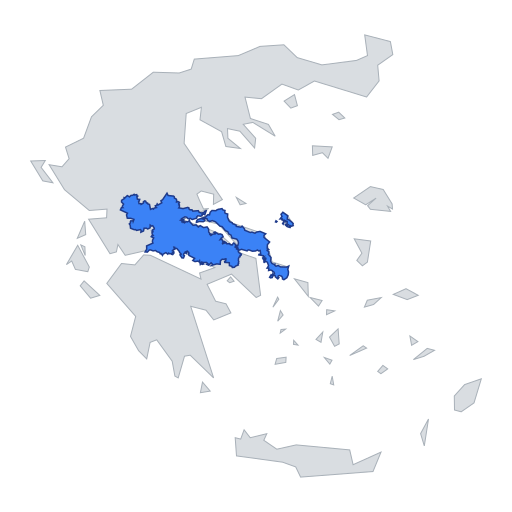 Stereas Elladas, Stereá Elláda, Greece (highlighted)
{"feature_id": "26713481B15414951167649", "entity_name": "Stereas Elladas", "entity_type": "district", "adm_level": 2, "iso_a3": "GRC", "parent_name": "Greece", "parent_adm1": "Stereá Elláda", "projection": "natural_earth1", "projection_center": [23.323, 38.611], "detail": "fine", "context": "in_parent", "style": "filled", "palette": "blue", "viewbox_px": 512, "rotation_deg": 0, "n_neighbors": 0, "source": "geoboundaries", "source_scale": "gbopen_adm2", "svg_char_len": 9775}
<svg xmlns="http://www.w3.org/2000/svg" viewBox="0 0 512 512"><path d="M364.7,34.9L390.4,41.6L392.8,54.6L377.7,65.2L379.1,80.9L366.6,97.0L314.4,81.0L298.3,90.0L281.9,84.1L261.5,98.7L245.0,97.1L250.4,118.5L268.4,124.4L275.2,136.2L252.8,122.4L243.2,124.3L255.7,138.3L254.6,148.0L239.9,131.2L227.5,128.6L227.9,138.3L240.4,148.5L225.9,146.5L221.6,131.7L200.0,119.8L201.4,107.3L186.2,113.5L184.1,143.4L222.4,199.6L213.4,204.4L213.7,194.2L201.2,191.0L196.9,194.1L199.3,199.9L203.5,209.0L208.8,208.5L182.7,219.7L218.5,233.1L241.1,253.3L255.9,258.4L260.6,295.3L256.2,297.5L231.5,274.1L207.1,284.3L215.6,301.2L226.0,303.8L230.9,312.9L213.7,319.9L206.0,310.2L190.7,306.3L213.6,377.9L190.2,355.2L184.5,356.2L178.2,377.9L174.9,376.1L172.2,361.2L156.7,339.8L150.1,342.4L146.7,358.9L138.6,350.7L130.5,336.4L135.7,316.4L106.8,283.4L121.5,263.5L134.9,264.9L143.7,254.9L150.4,255.3L201.0,279.1L199.6,273.0L214.8,267.6L175.0,247.7L169.6,253.0L151.1,249.4L125.2,255.3L117.9,244.5L116.4,251.9L110.0,253.7L88.6,219.2L106.6,217.8L107.0,209.1L89.3,210.5L64.5,189.7L49.1,164.7L62.0,166.8L69.1,158.7L65.5,147.1L83.6,138.2L91.5,116.8L103.3,105.3L99.9,90.5L131.6,89.2L153.3,72.2L179.2,73.0L191.2,69.1L194.3,59.1L238.3,55.6L260.0,46.4L283.9,44.8L297.2,57.6L321.9,64.9L356.6,60.4L367.5,55.6L364.7,34.9ZM250.2,437.7L266.8,433.7L263.8,440.3L276.8,449.2L296.2,444.9L349.7,449.9L353.1,464.7L381.0,452.1L373.0,471.5L300.6,477.1L295.7,466.9L282.7,462.2L236.5,455.9L235.2,437.7L240.7,439.1L244.1,429.8L250.2,437.7ZM218.8,209.0L232.7,223.2L264.2,234.0L272.1,261.9L287.2,266.7L288.0,275.0L276.5,275.1L259.7,250.8L239.3,247.4L218.4,224.0L198.5,219.5L218.8,209.0ZM383.2,189.5L392.1,203.9L392.5,209.0L387.5,206.1L390.6,211.4L370.4,209.3L367.6,205.7L376.1,198.1L365.7,204.8L353.7,198.0L370.4,186.6L383.2,189.5ZM461.2,411.8L454.5,410.0L454.3,396.0L464.6,384.6L481.3,378.8L474.0,402.9L461.2,411.8ZM367.4,262.1L362.4,265.8L356.8,260.4L361.9,253.2L354.2,238.8L370.7,241.0L367.4,262.1ZM77.7,245.3L89.3,267.0L87.8,271.7L75.4,269.4L71.7,261.0L66.4,264.6L77.7,245.3ZM52.9,182.8L42.8,180.9L30.7,161.0L45.3,160.5L41.1,167.4L52.9,182.8ZM332.2,146.9L328.0,158.3L322.4,152.7L312.7,155.4L312.4,145.8L332.2,146.9ZM406.0,288.7L418.2,295.3L407.2,299.6L393.3,294.4L406.0,288.7ZM297.4,105.7L290.8,108.1L284.1,101.1L294.5,94.6L297.4,105.7ZM84.1,280.9L99.8,295.4L90.6,298.2L80.2,285.8L84.1,280.9ZM339.2,343.9L334.6,346.3L329.5,337.1L338.1,328.9L339.2,343.9ZM307.9,282.6L308.3,296.4L294.4,278.8L307.9,282.6ZM428.5,419.0L424.3,445.9L420.6,433.6L428.5,419.0ZM85.7,234.6L77.3,238.3L84.7,221.2L85.7,234.6ZM210.2,391.1L200.4,392.7L202.5,382.1L210.2,391.1ZM413.4,359.6L427.2,348.4L434.5,350.3L424.0,356.3L413.4,359.6ZM364.4,307.1L367.3,300.2L381.2,297.6L373.6,304.5L364.4,307.1ZM322.8,332.0L321.0,342.3L316.0,339.4L322.8,332.0ZM322.1,300.5L318.5,306.1L310.1,297.5L322.1,300.5ZM292.8,223.5L285.8,224.8L282.9,212.3L287.0,214.8L292.8,223.5ZM344.8,118.0L339.0,119.7L332.5,114.4L338.7,112.2L344.8,118.0ZM286.1,357.2L285.8,362.4L275.1,364.3L276.7,358.5L286.1,357.2ZM366.6,348.1L349.7,355.5L363.2,345.8L366.6,348.1ZM278.8,299.3L272.9,307.2L277.6,297.1L278.8,299.3ZM334.7,310.9L326.5,314.7L326.7,309.7L334.7,310.9ZM387.7,368.9L380.9,373.7L377.7,371.4L382.9,365.4L387.7,368.9ZM417.9,341.6L411.6,345.3L409.9,336.0L417.9,341.6ZM283.1,315.0L277.7,321.2L280.4,310.6L283.1,315.0ZM84.9,246.8L85.2,255.5L80.8,244.9L84.9,246.8ZM332.0,360.2L329.8,364.1L324.3,357.5L332.0,360.2ZM246.0,203.5L240.1,204.8L236.3,197.4L246.0,203.5ZM234.1,281.2L229.7,282.7L227.2,280.8L230.6,276.9L234.1,281.2ZM285.6,329.1L280.2,333.1L281.0,329.5L285.6,329.1ZM332.2,376.2L333.7,384.9L330.3,383.7L332.2,376.2ZM298.0,345.1L293.5,344.4L293.7,340.3L298.0,345.1Z" fill="#d9dde1" stroke="#a8b0b8" stroke-width="1"/><path d="M121.6,200.3L121.5,202.0L123.6,204.1L122.4,206.1L122.3,207.1L122.8,207.6L121.4,207.7L120.4,209.9L127.5,213.2L126.5,214.9L127.3,218.2L130.8,218.3L134.0,219.4L133.2,221.4L133.1,220.8L130.7,220.9L130.3,222.0L130.5,222.9L129.3,223.9L130.2,225.2L130.5,228.2L134.2,229.7L135.6,229.6L136.5,230.4L140.5,229.6L141.1,230.4L140.9,232.2L143.5,231.0L144.1,228.2L146.5,228.2L147.7,229.0L150.1,227.8L150.2,225.1L151.5,226.1L152.7,225.7L154.2,228.0L154.3,228.9L152.5,229.9L152.7,230.9L152.0,231.1L152.9,231.9L152.0,232.6L152.2,234.1L153.2,235.5L151.8,235.8L151.2,236.7L153.7,237.9L152.6,240.0L152.4,241.5L152.9,243.1L146.6,245.9L146.7,249.2L145.1,251.9L147.4,252.1L149.3,250.0L150.5,249.9L153.1,250.9L155.5,250.5L157.2,251.8L159.5,252.4L160.3,253.8L161.1,253.5L162.5,255.4L163.0,254.2L165.9,252.6L167.8,254.2L168.6,253.1L169.8,253.8L171.6,253.5L171.6,254.3L172.7,254.6L173.6,253.5L173.0,252.7L173.9,252.6L173.7,251.5L172.4,250.8L173.5,249.6L174.7,249.4L173.9,247.2L174.7,247.3L174.8,248.1L175.5,248.4L176.7,248.4L179.3,251.4L179.7,252.7L181.0,253.8L181.1,254.4L180.0,254.9L181.9,257.9L183.5,258.0L184.4,255.7L183.5,255.0L183.9,253.6L185.2,252.5L186.2,253.5L186.8,252.3L185.8,251.8L187.3,251.1L188.7,252.5L188.9,253.5L188.3,254.1L189.1,255.5L194.6,258.3L192.8,260.5L195.0,261.6L197.9,261.1L199.0,261.8L199.6,260.8L200.3,264.4L200.8,263.8L202.4,264.4L203.6,264.0L202.3,262.7L201.1,263.2L201.7,262.0L203.1,262.5L206.5,262.4L207.9,263.7L206.8,264.4L208.7,265.2L211.1,262.8L212.7,264.4L211.8,265.3L216.8,263.9L220.2,264.3L220.5,260.7L222.2,259.2L224.1,259.4L225.3,258.8L226.0,258.9L225.9,259.7L225.7,260.9L224.6,261.4L224.8,262.4L229.3,262.7L229.4,265.6L231.8,266.3L232.3,267.5L234.4,267.3L235.6,266.1L238.3,265.0L238.0,264.1L238.7,263.2L238.4,262.6L238.8,261.6L238.4,260.6L238.5,258.5L239.2,257.0L240.1,256.7L240.0,255.4L241.1,255.2L241.4,254.1L239.1,252.8L238.3,251.7L238.2,249.6L236.5,249.0L236.5,247.5L235.1,247.1L235.4,246.1L236.1,246.1L236.1,245.2L234.1,243.2L233.5,243.0L232.1,245.0L230.2,244.6L229.5,243.7L226.8,243.8L226.4,243.0L224.5,243.0L222.6,243.8L222.4,243.3L223.0,242.4L225.0,241.9L223.8,241.2L222.8,241.5L221.8,239.1L220.2,239.6L221.3,237.9L223.1,236.8L222.1,234.6L220.2,233.9L218.6,234.3L215.1,232.0L214.0,232.4L215.3,233.4L215.2,233.9L212.8,234.1L210.9,235.5L210.6,235.0L211.7,234.2L210.6,234.0L210.9,234.7L210.4,234.9L209.7,234.4L209.7,233.6L210.2,234.2L210.4,234.2L208.7,232.0L208.6,229.1L207.1,226.9L203.6,227.6L200.2,225.6L198.3,227.0L196.1,224.9L193.1,225.3L190.0,222.1L189.5,220.6L187.4,221.9L186.0,221.6L184.7,222.7L184.1,221.3L183.7,222.4L183.1,222.5L182.8,221.6L182.0,221.9L181.9,221.3L183.3,219.7L181.1,220.4L180.6,220.2L182.2,219.3L181.6,218.7L184.9,216.8L186.8,217.3L188.1,218.7L189.3,219.0L190.1,218.3L192.2,219.5L196.5,218.2L196.9,217.8L196.8,216.8L197.8,215.8L200.7,216.2L202.1,215.7L202.0,214.6L203.9,214.1L204.8,214.7L206.2,210.8L205.2,211.0L203.5,212.6L201.7,213.0L199.2,212.3L198.3,210.7L192.8,211.1L192.0,209.8L190.0,209.8L188.9,208.8L188.9,207.9L187.8,207.4L183.1,208.6L178.8,207.9L179.4,207.1L179.4,205.0L178.8,204.8L179.1,204.1L178.7,203.6L179.5,202.4L178.1,201.6L176.5,202.0L176.7,200.1L176.1,198.9L174.4,198.1L174.3,196.8L173.6,196.1L168.1,195.5L167.0,193.2L162.6,199.7L160.9,200.8L161.8,202.8L158.0,205.0L157.2,203.9L156.6,205.4L155.3,205.7L155.7,207.1L156.3,207.6L154.1,208.1L153.5,209.1L152.5,208.5L150.5,209.4L149.5,204.4L147.9,204.0L147.6,203.0L146.5,203.0L145.6,201.1L144.5,200.9L143.3,202.0L143.6,202.7L143.1,203.3L141.1,204.4L140.9,203.6L139.0,203.6L138.6,201.3L139.2,201.1L139.7,199.4L137.4,199.2L136.9,196.7L137.7,196.1L137.1,195.8L136.7,194.6L134.6,195.0L134.1,194.3L132.7,195.3L131.0,195.4L129.5,196.9L127.3,195.6L125.0,197.8L124.1,197.6L124.3,198.6L121.6,200.3ZM222.0,208.6L217.4,209.6L215.9,210.7L212.0,210.5L210.2,212.2L209.5,214.9L207.9,214.7L205.7,216.9L197.5,219.7L196.6,220.9L196.4,222.4L199.3,221.5L203.2,221.7L204.4,221.0L204.9,220.3L204.5,219.5L202.6,219.0L203.4,218.2L207.0,218.7L207.4,220.2L209.6,221.5L212.3,220.6L215.5,221.8L220.0,226.2L222.1,226.6L225.4,230.7L227.8,231.7L228.7,233.9L231.0,235.1L232.0,238.0L236.7,239.1L238.0,240.9L238.5,242.9L237.9,245.3L236.4,245.7L236.0,246.9L237.7,247.1L237.8,248.3L239.1,250.2L241.5,249.3L247.1,250.9L248.2,249.9L249.3,250.0L252.3,251.2L255.5,251.0L257.5,250.0L258.5,250.9L260.2,250.5L260.7,254.0L259.0,254.3L258.8,254.9L263.3,255.7L263.3,256.7L264.0,256.6L262.6,258.0L263.6,259.8L264.9,257.9L265.7,258.1L265.9,258.9L263.8,261.9L264.2,262.4L266.0,261.4L267.4,262.3L268.6,265.8L267.1,268.1L268.8,268.2L268.6,270.5L270.6,270.0L272.5,270.8L272.7,271.9L273.7,271.8L274.5,273.3L273.6,274.2L274.0,275.2L275.1,275.5L275.3,276.8L277.8,278.9L278.8,277.7L277.9,277.3L278.3,275.9L279.4,275.5L281.6,276.2L282.4,277.5L282.5,279.0L283.9,279.7L286.9,277.7L288.2,274.8L288.5,272.0L287.8,269.3L288.7,266.1L286.7,267.1L280.4,266.9L278.2,265.5L276.0,266.2L274.8,265.3L274.9,264.1L274.0,264.4L271.9,263.4L270.6,261.2L271.0,257.5L268.3,254.2L268.9,253.5L268.7,251.5L267.1,250.5L267.4,249.7L268.5,249.4L267.2,248.3L267.4,244.7L269.6,242.0L264.0,237.4L264.0,235.3L265.7,233.8L260.0,231.4L256.5,232.1L255.0,233.2L251.9,232.1L250.2,232.5L244.7,230.2L244.5,228.9L242.1,226.1L240.9,227.2L236.3,226.4L236.1,225.1L232.5,223.6L232.2,222.7L230.1,221.9L228.9,220.6L227.5,217.2L227.7,214.0L225.2,213.3L224.7,212.1L225.0,210.5L223.0,210.0L222.0,208.6ZM287.3,219.3L287.4,216.9L287.9,215.9L282.9,212.3L281.0,214.3L282.0,216.5L280.1,218.9L281.5,218.8L281.9,219.7L282.5,219.2L283.0,220.5L284.2,220.3L284.0,221.3L285.4,220.8L285.9,221.8L286.6,221.2L287.2,221.5L287.2,223.6L285.3,224.8L287.0,226.5L287.4,226.6L287.3,225.2L288.5,224.7L290.0,226.4L290.6,225.7L291.6,226.2L293.2,225.6L292.9,225.0L293.2,223.6L292.3,222.5L288.7,219.6L287.3,219.3ZM272.3,277.5L272.5,276.2L271.1,274.8L269.6,277.3L270.6,277.9L272.3,277.5ZM283.2,224.2L284.0,222.5L284.0,221.5L282.6,223.5L283.2,224.2ZM276.3,222.2L277.0,221.5L276.0,220.8L275.5,221.9L276.3,222.2ZM272.7,273.9L272.2,275.1L273.1,275.6L273.2,274.1L272.7,273.9ZM290.4,226.9L289.1,226.4L288.6,227.1L290.1,227.5L290.4,226.9Z" fill="#3b82f6" stroke="#1e3a8a" stroke-width="1.5"/></svg>